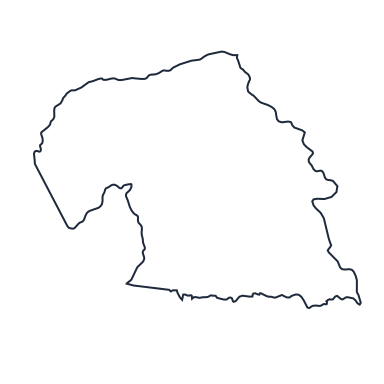 the border of Concepción, rotated 172°
{"feature_id": "PRY-603", "entity_name": "Concepción", "entity_type": "Department", "adm_level": 1, "iso_a3": "PRY", "parent_name": "Paraguay", "parent_adm1": "", "projection": "robinson", "projection_center": [-57.042, -22.793], "detail": "fine", "context": "isolated", "style": "outline", "palette": "slate", "viewbox_px": 384, "rotation_deg": 172, "n_neighbors": 0, "source": "natural_earth", "source_scale": "10m", "svg_char_len": 4887}
<svg xmlns="http://www.w3.org/2000/svg" viewBox="0 0 384 384"><g transform="rotate(172 192 192)"><path d="M41.7,57.1L43.6,58.8L45.1,61.8L47.1,64.2L52.6,66.2L54.4,66.2L57.2,64.9L58.3,64.7L59.7,65.6L62.1,68.3L62.8,69.0L64.8,68.5L67.4,66.1L69.1,66.1L70.8,66.6L72.1,66.3L74.0,65.2L73.7,64.9L73.7,63.9L74.0,62.8L74.3,62.2L74.9,62.1L76.5,62.7L77.2,62.7L80.4,61.4L82.6,61.6L84.8,62.3L88.1,62.5L89.9,61.9L91.2,61.1L92.3,60.8L93.8,61.6L96.4,69.1L98.3,73.0L100.5,75.3L103.3,76.1L107.2,75.4L108.7,74.8L109.3,74.3L110.2,74.0L112.2,74.3L113.5,74.8L117.3,77.5L123.7,75.9L125.1,75.9L128.5,77.4L130.2,77.5L132.6,78.5L138.0,82.2L139.0,82.2L139.6,81.0L141.0,81.4L143.5,82.9L145.4,82.9L146.2,81.9L146.5,80.7L146.7,80.1L149.2,80.3L156.5,82.3L159.7,81.7L163.8,78.0L166.0,77.4L166.7,78.1L167.2,81.1L168.4,82.1L169.9,82.2L171.0,81.7L171.9,81.0L173.1,80.7L175.8,81.2L180.7,83.2L182.2,84.0L182.3,84.4L182.5,85.2L183.3,86.0L186.2,86.5L187.1,86.9L188.1,87.0L189.3,86.4L191.3,85.8L196.5,86.3L199.2,86.1L203.2,87.5L205.0,87.5L206.8,86.3L206.7,89.3L207.5,90.0L208.9,89.8L210.4,89.9L213.3,91.5L215.0,91.6L216.8,86.6L218.7,89.5L220.4,94.3L220.7,96.7L224.6,97.3L226.8,96.5L228.2,98.3L262.8,107.5L269.4,110.3L268.8,110.9L265.0,113.1L264.1,113.8L257.0,124.6L255.9,125.7L250.6,129.5L249.7,130.5L249.1,131.5L248.6,132.6L248.5,134.0L249.2,138.1L249.1,139.5L248.5,140.6L246.9,141.8L246.5,142.8L246.5,144.1L247.4,148.0L247.5,149.1L247.3,152.6L247.7,156.2L247.6,158.4L247.3,160.1L246.9,161.6L246.6,163.7L246.9,165.5L247.7,166.9L249.2,169.0L249.5,170.4L249.5,171.8L248.9,174.6L249.3,175.9L250.1,176.8L251.0,177.4L251.9,178.1L252.9,179.4L254.3,181.9L255.6,185.6L256.9,193.3L257.9,196.7L257.7,198.7L257.0,199.9L253.3,202.5L252.3,203.8L251.4,205.3L250.9,207.6L251.1,208.2L251.7,208.4L252.7,208.4L254.9,208.4L257.9,208.1L258.8,207.8L259.5,207.3L260.8,205.9L261.6,205.5L262.6,205.7L263.7,206.5L265.1,208.2L266.2,209.1L267.2,209.8L268.2,210.1L269.2,210.2L270.2,210.1L271.1,209.8L274.2,208.3L276.1,207.8L276.9,207.4L277.5,206.7L278.8,203.9L280.5,201.5L281.0,200.6L281.3,199.5L281.8,195.8L282.1,194.7L282.7,193.0L282.8,192.6L283.0,192.3L284.0,191.2L285.4,190.1L286.3,189.6L287.1,189.3L295.7,187.6L296.6,187.3L298.2,186.5L298.9,185.9L299.5,185.2L300.6,183.7L302.5,180.1L303.1,179.3L303.7,178.6L304.4,178.1L305.3,177.7L307.2,177.3L308.0,176.9L308.8,176.4L312.9,172.9L313.7,172.5L314.6,172.3L315.4,172.3L316.4,172.6L318.8,173.6L319.6,174.7L320.2,175.7L343.5,241.2L343.7,242.4L343.4,244.5L343.2,251.2L343.0,252.3L342.6,253.2L342.0,253.9L341.2,254.3L340.3,254.3L339.4,254.1L337.8,253.2L337.0,253.2L336.4,253.6L335.9,254.4L335.7,255.4L335.8,256.6L336.1,258.6L335.9,259.5L335.3,260.0L334.5,260.4L333.8,261.0L333.3,261.7L332.9,262.7L332.7,263.7L332.6,265.0L332.6,266.6L333.2,269.3L333.3,270.8L333.0,271.9L332.3,272.4L326.0,276.1L324.6,277.2L323.9,277.8L323.3,278.4L322.9,279.3L322.1,281.1L321.6,281.8L320.1,282.7L319.4,283.3L318.8,284.0L318.3,284.8L317.9,285.7L317.7,286.8L317.2,291.4L316.8,293.3L316.6,293.8L316.3,294.4L316.0,294.9L315.2,295.6L309.9,298.0L307.8,300.6L306.5,303.0L304.3,304.8L302.1,307.1L298.2,309.2L297.0,309.4L296.0,309.3L295.0,309.1L293.5,309.0L287.0,310.9L279.7,314.8L278.6,315.3L277.0,315.3L274.6,315.6L269.4,316.8L267.0,317.1L265.5,317.0L264.4,315.6L263.0,315.2L261.0,315.0L256.8,315.5L254.6,315.5L253.0,315.3L249.1,313.1L247.5,312.8L245.1,312.7L235.6,313.2L227.4,311.2L223.4,310.6L222.0,310.8L220.9,311.2L219.5,312.6L218.5,313.4L217.4,313.8L216.0,313.9L211.9,313.6L210.2,313.9L207.9,314.5L204.8,316.0L203.5,316.3L202.5,316.3L201.2,315.8L199.9,315.5L198.3,315.3L197.1,315.4L196.1,315.8L195.4,316.3L194.7,316.9L193.5,317.7L186.3,320.1L174.6,322.1L167.0,322.0L165.3,322.2L164.1,322.7L161.3,324.3L158.0,325.6L156.3,326.0L155.0,326.1L154.6,326.1L143.8,326.9L142.7,326.8L140.9,326.3L140.1,326.0L135.9,323.5L135.1,323.1L134.3,322.7L132.3,321.8L128.1,321.2L128.8,319.3L128.7,317.9L128.1,316.0L127.1,310.3L126.9,308.8L126.4,307.8L124.2,305.9L123.1,303.8L120.2,300.9L119.2,299.0L118.7,296.3L119.1,295.0L120.0,293.8L121.4,291.3L122.2,289.3L122.6,288.2L122.5,284.1L121.9,283.0L119.2,280.1L117.5,278.7L113.5,273.1L112.1,271.6L111.0,270.8L104.8,267.6L101.5,265.3L98.9,262.6L97.9,259.5L97.9,255.5L97.7,252.3L96.4,250.0L93.4,248.5L86.9,248.4L84.3,247.4L83.2,243.8L81.7,241.6L74.4,237.8L72.0,235.3L75.5,227.8L74.6,223.8L72.5,220.8L67.0,215.3L66.8,213.4L68.4,211.7L70.5,210.0L71.9,208.1L72.1,205.9L71.4,204.1L69.8,201.7L68.7,198.3L68.2,197.4L67.0,195.8L65.5,195.1L61.7,195.3L60.2,194.5L59.2,192.5L58.4,188.0L57.5,186.1L56.1,185.2L52.4,184.1L50.8,183.3L47.2,177.5L49.0,171.8L54.5,167.7L61.9,166.6L69.0,167.9L72.6,167.8L74.2,166.0L73.5,161.9L71.7,158.7L67.5,153.5L65.1,147.7L63.0,126.3L62.1,121.9L61.6,119.8L62.7,118.4L65.7,115.4L65.0,113.2L57.4,103.0L55.8,96.7L54.2,94.7L51.2,93.9L47.0,93.7L44.5,92.7L42.9,90.4L41.6,86.2L41.0,81.7L42.7,69.9L41.5,66.8L40.3,58.9L41.6,57.1L41.7,57.1Z" fill="none" stroke="#1e293b" stroke-width="2"/></g></svg>